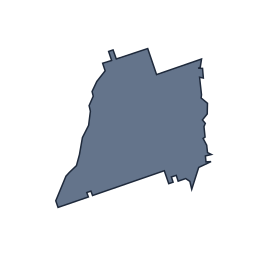 the district of Appling, Georgia, United States of America, rotated 71°
{"feature_id": "52423323B88346706041941", "entity_name": "Appling", "entity_type": "district", "adm_level": 2, "iso_a3": "USA", "parent_name": "United States of America", "parent_adm1": "Georgia", "projection": "robinson", "projection_center": [-82.264, 31.719], "detail": "fine", "context": "isolated", "style": "filled", "palette": "slate", "viewbox_px": 256, "rotation_deg": 71, "n_neighbors": 0, "source": "geoboundaries", "source_scale": "gbopen_adm2", "svg_char_len": 819}
<svg xmlns="http://www.w3.org/2000/svg" viewBox="0 0 256 256"><g transform="rotate(71 128 128)"><path d="M206.7,87.7L188.3,74.0L186.8,60.4L185.4,65.3L179.6,63.9L180.2,57.8L177.1,60.8L169.9,59.2L162.3,60.4L161.7,58.1L151.4,55.7L148.8,53.4L144.6,55.0L140.5,48.5L130.5,44.8L123.4,49.1L120.6,47.7L103.3,43.8L105.3,40.5L95.9,38.1L94.3,42.2L94.1,39.9L86.7,36.0L86.8,83.6L59.3,83.5L58.9,116.6L49.3,116.7L49.3,121.4L58.8,121.5L58.5,130.9L66.5,131.0L73.8,142.3L81.8,150.1L86.6,150.5L94.2,157.5L99.9,158.1L112.7,164.4L122.2,174.2L137.4,182.6L146.8,189.0L150.9,197.9L153.3,202.3L173.3,220.0L180.3,220.0L180.3,187.9L175.6,188.0L175.6,183.6L180.3,183.5L180.2,113.3L180.2,107.6L193.9,107.6L193.9,103.0L188.4,102.9L188.5,97.8L194.6,97.9L194.6,89.9L198.6,86.9L206.7,87.7Z" fill="#64748b" stroke="#1e293b" stroke-width="1.5"/></g></svg>